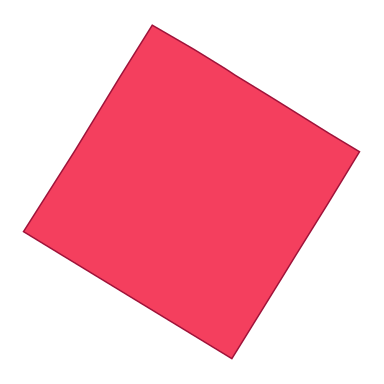 Hamilton, Indiana, United States of America (Albers equal-area conic projection), rotated 212°
{"feature_id": "52423323B17191131032036", "entity_name": "Hamilton", "entity_type": "district", "adm_level": 2, "iso_a3": "USA", "parent_name": "United States of America", "parent_adm1": "Indiana", "projection": "albers", "projection_center": [-86.076, 40.073], "detail": "fine", "context": "isolated", "style": "filled", "palette": "rose", "viewbox_px": 384, "rotation_deg": 212, "n_neighbors": 0, "source": "geoboundaries", "source_scale": "gbopen_adm2", "svg_char_len": 399}
<svg xmlns="http://www.w3.org/2000/svg" viewBox="0 0 384 384"><g transform="rotate(212 192 192)"><path d="M69.9,71.8L70.0,101.2L70.3,169.1L70.5,193.4L70.6,253.9L71.3,314.9L95.1,314.5L107.2,314.3L119.4,314.3L176.6,314.3L217.5,313.9L228.8,314.2L265.8,314.0L314.1,312.4L314.1,300.1L314.1,250.9L313.2,165.6L313.9,69.1L266.7,69.6L69.9,71.8Z" fill="#f43f5e" stroke="#9f1239" stroke-width="1.5"/></g></svg>